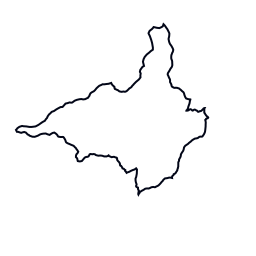 outline of Gangzur, Lhuntshi, Bhutan, rotated 323°
{"feature_id": "84629894B27978509932961", "entity_name": "Gangzur", "entity_type": "district", "adm_level": 2, "iso_a3": "BTN", "parent_name": "Bhutan", "parent_adm1": "Lhuntshi", "projection": "mercator", "projection_center": [91.081, 27.722], "detail": "fine", "context": "isolated", "style": "outline", "palette": "ink", "viewbox_px": 256, "rotation_deg": 323, "n_neighbors": 0, "source": "geoboundaries", "source_scale": "gbopen_adm2", "svg_char_len": 5801}
<svg xmlns="http://www.w3.org/2000/svg" viewBox="0 0 256 256"><g transform="rotate(323 128 128)"><path d="M218.8,66.5L217.0,67.7L215.5,67.6L213.2,67.1L211.3,65.3L209.9,63.6L209.2,62.8L208.3,63.1L206.6,63.4L203.8,63.4L201.8,64.4L201.3,64.9L200.8,67.7L199.6,71.5L198.4,74.6L196.3,78.7L195.0,80.4L192.2,80.3L190.7,80.5L187.2,80.6L184.1,81.3L181.9,82.4L179.8,84.1L178.9,86.2L178.1,88.1L176.3,87.9L172.8,89.0L171.3,90.3L171.0,92.0L169.5,93.5L168.4,95.1L165.9,95.8L162.1,96.0L158.8,96.5L158.3,96.7L157.2,96.8L156.4,97.0L155.2,97.4L152.6,97.2L151.9,97.4L150.1,97.6L149.3,97.7L147.9,97.5L147.0,96.9L146.3,96.1L144.9,95.4L144.7,95.3L143.5,94.0L143.1,93.4L142.6,91.5L142.0,90.7L141.4,89.4L141.1,89.1L141.1,88.4L141.6,87.6L141.6,87.3L141.9,87.0L141.8,86.5L141.7,85.5L141.4,84.8L141.4,84.4L141.5,83.5L141.4,82.8L141.7,81.9L139.1,81.0L137.6,80.1L135.1,78.7L134.1,77.8L132.4,77.5L130.5,77.0L128.8,77.1L126.8,77.3L124.5,77.9L122.9,78.1L120.5,77.7L119.0,77.7L117.6,78.3L116.7,79.0L115.0,79.5L114.3,79.8L112.9,79.5L111.2,79.2L109.4,78.2L108.2,76.8L106.5,75.8L104.0,74.7L101.8,74.1L98.8,74.1L97.9,73.6L96.7,72.4L94.8,71.8L92.8,70.9L91.0,71.3L88.4,71.8L86.7,70.7L84.3,70.3L81.9,70.0L79.1,69.9L76.8,69.2L74.3,69.6L73.2,69.6L70.7,70.4L69.5,71.2L67.5,71.6L66.0,72.2L63.2,71.8L58.2,71.6L55.1,71.1L51.6,69.1L50.0,67.9L47.8,65.6L45.6,63.7L44.6,62.6L42.0,61.7L39.6,61.6L38.2,62.0L37.4,62.1L37.0,64.2L38.0,65.0L38.7,66.1L39.8,67.6L40.8,67.9L42.7,68.7L43.7,70.2L43.9,72.1L43.9,72.7L44.6,73.8L44.7,74.8L46.4,77.4L48.2,78.9L51.4,79.9L53.8,80.2L55.1,80.6L56.9,81.5L59.0,82.9L59.9,84.5L61.2,86.3L63.2,86.4L64.8,86.6L66.4,87.3L66.9,88.7L67.2,90.0L67.3,91.1L67.1,92.1L67.2,93.0L68.6,94.5L69.4,95.1L70.4,95.8L70.9,96.3L71.0,97.2L70.9,98.1L70.8,99.3L70.5,100.5L70.1,101.4L70.0,102.3L70.3,103.2L71.0,104.6L71.6,105.5L72.2,106.7L73.8,109.4L74.0,110.4L74.0,111.3L74.2,112.1L74.3,113.0L74.1,113.8L74.2,114.6L74.0,117.0L72.6,117.7L70.9,118.0L69.8,118.8L68.9,119.9L69.1,121.4L69.0,122.0L68.2,123.6L68.0,124.2L68.7,125.0L69.4,125.7L70.8,126.4L71.3,126.6L75.6,125.6L77.1,125.9L78.2,126.6L79.3,126.9L80.7,126.4L81.4,126.0L82.3,126.1L83.7,127.5L84.9,128.1L85.8,129.2L86.0,130.2L86.9,131.4L87.8,132.4L89.2,133.2L90.4,134.3L91.0,135.0L91.4,135.7L92.0,136.5L92.8,137.0L93.4,137.6L94.7,138.1L95.8,138.2L96.0,138.2L95.9,139.0L96.4,139.7L97.1,141.0L97.3,141.4L99.4,142.5L99.9,143.2L100.4,144.2L101.0,144.7L101.1,145.3L100.7,146.2L100.2,146.8L100.1,148.3L100.3,149.5L100.3,150.2L100.2,151.4L99.9,151.7L99.5,152.7L99.2,153.2L99.3,153.6L99.7,154.1L99.7,154.9L99.6,155.8L99.3,157.0L100.1,158.1L100.1,158.5L100.2,159.3L100.5,159.9L99.9,160.4L99.9,160.9L100.1,161.7L99.9,162.2L99.9,163.0L100.4,163.0L102.9,163.8L104.1,163.9L106.3,164.4L108.4,165.1L110.2,165.1L110.2,166.5L107.6,169.7L105.1,172.0L103.6,172.9L102.7,174.1L102.0,175.3L101.6,176.2L101.2,177.4L101.0,178.1L100.4,178.7L99.5,179.2L99.3,180.0L99.6,180.8L100.1,181.6L99.2,182.9L99.0,183.7L99.0,184.5L97.0,186.3L96.4,187.0L96.3,187.4L96.9,187.1L97.9,186.9L98.7,186.4L99.4,186.3L100.0,186.4L101.2,186.4L102.1,186.6L102.9,186.7L103.6,186.8L104.9,186.8L105.3,186.9L106.3,187.4L107.7,188.4L108.1,188.8L109.7,189.2L111.0,189.4L112.6,190.2L113.1,190.7L113.6,191.3L114.3,191.7L115.2,191.7L116.4,192.0L117.7,192.2L118.7,192.1L120.6,191.8L122.5,191.3L123.7,191.2L124.9,190.7L127.1,190.5L127.7,190.8L128.0,191.0L129.5,191.8L130.9,192.3L131.6,192.8L132.3,193.4L132.5,193.7L133.1,194.4L133.3,194.0L133.7,193.6L134.1,193.3L134.5,193.1L134.9,193.0L135.9,193.0L136.5,192.7L136.8,192.4L137.0,192.5L138.0,192.7L139.4,192.5L140.0,192.1L141.1,191.8L142.0,191.4L142.2,191.2L142.4,190.9L143.0,190.5L143.4,190.3L143.7,190.1L144.1,189.6L144.8,189.2L147.6,185.6L148.7,185.1L149.2,184.7L149.8,183.9L150.9,183.4L152.3,182.8L153.4,182.0L154.4,180.9L155.3,180.5L156.0,180.2L158.4,179.4L159.7,178.5L161.0,177.3L161.7,177.0L163.2,176.6L164.2,176.7L166.7,176.8L167.6,176.6L168.6,176.6L170.2,176.6L171.4,176.4L172.1,176.4L173.4,176.5L175.0,176.7L176.3,177.4L177.6,178.0L179.7,178.0L180.9,178.6L181.8,179.4L182.5,179.5L183.6,179.1L184.4,178.9L185.7,178.3L187.2,177.4L188.2,176.4L190.9,173.5L191.9,172.2L193.4,170.4L193.8,169.7L194.1,169.1L194.5,168.1L195.3,168.1L195.8,167.7L196.4,167.7L197.5,168.2L198.3,168.0L198.4,167.6L198.3,166.7L198.0,166.1L198.0,163.8L198.2,162.3L198.1,162.2L198.2,161.6L200.2,159.0L200.6,158.5L201.2,158.2L200.9,158.0L200.0,157.9L199.4,158.1L196.9,158.4L196.1,158.2L195.9,158.0L195.6,157.8L195.2,157.7L194.3,157.6L193.9,157.4L193.6,157.0L193.6,156.1L193.5,155.6L193.1,155.1L192.9,154.4L192.5,153.6L192.1,153.3L191.5,153.1L191.0,153.1L190.2,153.1L189.8,152.5L189.7,151.5L189.5,151.1L189.2,150.6L188.5,150.3L187.8,150.3L187.0,150.3L186.2,150.0L185.4,149.6L185.1,149.3L185.4,149.1L186.1,149.1L186.9,148.8L187.8,148.3L189.0,147.3L191.9,145.4L193.6,143.8L194.3,143.2L194.9,142.9L195.0,142.7L193.7,141.5L193.2,140.8L192.6,140.0L192.2,139.4L192.2,139.1L192.3,138.4L192.3,137.9L192.6,136.8L192.8,136.0L193.0,135.5L193.2,134.9L193.6,134.1L193.8,132.7L193.4,131.2L193.2,129.9L193.1,129.2L192.9,128.6L192.5,127.0L192.0,126.4L191.5,125.6L190.3,124.5L189.6,124.2L188.8,123.3L188.6,122.9L188.4,122.2L188.1,121.8L188.1,120.8L188.3,120.3L188.6,119.6L188.8,119.4L189.1,117.7L189.2,116.7L189.6,116.1L190.2,115.4L190.7,114.5L190.9,113.7L191.1,112.2L191.4,111.4L191.6,110.4L191.8,109.3L192.3,108.7L192.9,108.2L196.0,107.0L197.4,106.3L198.4,106.0L199.5,105.7L200.6,105.0L201.2,104.5L201.7,103.8L202.3,102.9L203.3,101.5L203.8,100.5L204.0,99.6L204.3,98.7L204.8,97.9L206.0,96.4L206.9,95.6L207.7,95.2L208.5,94.6L209.5,94.2L210.2,93.7L211.2,92.8L211.5,91.9L211.7,91.1L212.0,89.1L212.1,88.1L212.1,87.2L212.1,86.2L212.3,85.3L212.6,84.3L213.0,83.3L213.5,82.3L213.9,81.4L214.5,80.8L215.4,80.1L216.1,79.5L217.8,77.6L218.2,76.5L218.9,72.7L218.9,71.1L219.0,69.5L219.0,67.8L218.8,66.5Z" fill="none" stroke="#020617" stroke-width="2"/></g></svg>